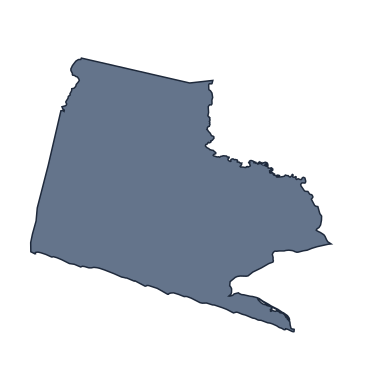 the district of Matutuine, Maputo, Mozambique, rotated 103°
{"feature_id": "85939544B97303459234614", "entity_name": "Matutuine", "entity_type": "district", "adm_level": 2, "iso_a3": "MOZ", "parent_name": "Mozambique", "parent_adm1": "Maputo", "projection": "equal_earth", "projection_center": [32.584, -26.451], "detail": "fine", "context": "isolated", "style": "filled", "palette": "slate", "viewbox_px": 384, "rotation_deg": 103, "n_neighbors": 0, "source": "geoboundaries", "source_scale": "gbopen_adm2", "svg_char_len": 5987}
<svg xmlns="http://www.w3.org/2000/svg" viewBox="0 0 384 384"><g transform="rotate(103 192 192)"><path d="M147.7,130.6L148.3,131.3L149.0,130.8L148.4,132.1L148.8,132.2L148.8,133.0L148.2,132.3L147.6,132.3L147.4,132.7L147.7,132.8L148.1,133.7L149.1,134.2L149.0,133.2L149.4,133.2L149.6,133.9L150.0,134.1L149.2,135.8L149.6,136.7L148.7,136.8L148.8,137.1L149.3,137.2L148.7,137.8L149.1,138.3L148.5,138.3L148.1,139.7L148.0,141.4L148.3,142.3L149.1,142.9L150.1,142.4L150.1,143.2L150.6,143.4L151.7,142.1L153.1,141.1L153.6,141.2L155.1,143.0L154.7,143.7L155.1,144.7L155.8,144.8L156.2,145.6L156.2,147.3L156.7,150.4L156.2,150.9L154.2,149.8L153.4,150.3L152.7,150.0L152.9,151.8L152.2,153.0L152.6,153.8L152.5,154.7L151.1,154.7L150.6,155.2L150.6,157.2L151.0,158.0L150.5,159.4L150.8,160.4L151.6,161.3L152.1,161.4L153.2,161.0L153.7,161.7L153.0,163.7L152.2,164.3L151.2,164.2L150.3,163.5L149.7,163.7L149.9,165.6L149.2,166.4L149.7,169.9L150.3,170.6L150.8,172.0L152.0,173.0L151.7,174.0L152.2,175.4L151.9,179.2L151.6,179.6L150.6,179.4L149.3,177.5L148.3,177.7L146.6,181.0L146.9,182.1L146.6,183.3L146.8,183.9L145.9,185.5L145.5,187.3L144.4,189.1L143.6,189.4L142.6,189.2L142.2,188.2L140.0,187.3L140.3,186.8L140.1,185.9L139.3,185.0L138.8,184.8L138.5,185.2L137.9,185.2L137.1,183.9L134.7,182.7L133.2,183.2L132.9,183.9L132.7,185.7L130.6,187.5L129.1,189.8L128.2,190.5L127.8,191.6L127.2,191.4L126.0,191.5L124.6,190.9L124.1,189.9L122.0,189.7L121.6,189.9L121.3,190.4L119.9,190.3L119.3,191.0L117.8,190.6L116.8,191.2L115.7,191.2L115.3,192.3L114.8,192.5L114.2,193.7L111.0,193.7L105.1,195.4L103.1,194.5L102.8,192.8L102.2,192.5L101.3,192.4L97.9,193.3L95.3,193.1L91.1,194.8L89.2,196.8L88.7,198.2L88.2,198.7L84.1,199.8L83.3,199.8L82.6,199.4L82.3,197.5L81.9,196.9L78.6,196.8L86.3,218.8L86.4,329.9L87.9,330.2L88.5,332.5L90.6,334.6L95.6,336.9L99.3,337.7L100.9,337.3L103.4,335.2L104.5,335.0L105.0,334.6L104.9,332.7L105.6,331.1L105.7,329.5L107.5,327.6L108.7,326.9L111.0,327.8L113.2,329.0L114.9,329.0L115.8,329.3L117.5,330.4L118.4,332.4L120.5,332.1L123.6,333.0L124.8,332.5L126.7,334.0L128.6,333.9L132.3,335.2L133.2,335.0L134.4,333.9L135.6,334.0L136.5,334.8L138.2,337.9L140.2,336.5L140.8,335.0L141.2,334.8L142.3,334.8L141.7,336.2L142.3,338.0L198.2,338.1L242.3,339.2L255.3,337.4L268.8,338.0L277.6,337.8L286.5,335.6L287.6,331.1L287.3,330.6L286.5,331.1L285.9,330.6L285.2,328.5L285.2,325.6L285.7,320.3L286.9,314.3L286.7,313.4L286.2,312.6L286.4,308.8L287.3,303.6L289.3,295.4L288.9,290.4L290.1,283.6L289.0,282.1L288.8,279.9L289.1,275.6L288.6,273.1L287.5,270.7L287.1,267.4L287.1,265.0L287.6,259.9L289.1,249.7L290.7,241.5L290.6,238.8L290.7,237.5L290.5,236.2L291.8,228.5L291.8,228.1L291.5,228.0L291.4,227.6L294.3,216.6L294.1,215.8L293.2,214.9L292.9,213.1L293.7,204.2L297.1,192.8L296.9,191.9L296.0,191.4L295.2,189.9L294.4,187.3L294.8,181.8L295.7,176.0L295.4,175.5L295.0,173.4L295.6,168.9L298.0,159.3L298.0,157.0L296.9,152.8L297.4,146.7L297.1,144.8L297.9,136.4L298.6,131.6L300.5,124.4L299.1,121.8L299.0,120.3L299.8,115.6L299.9,112.2L301.2,104.6L301.1,102.2L301.9,98.7L301.5,95.7L302.4,88.9L302.2,86.6L302.4,84.1L303.3,79.5L304.4,76.5L304.6,74.0L305.4,71.6L305.4,70.9L304.9,69.9L304.2,70.0L304.1,69.6L304.3,67.7L305.4,62.9L305.3,61.5L305.1,61.2L302.9,61.5L302.7,61.8L303.0,63.2L302.5,64.9L299.3,66.5L296.6,67.4L295.3,69.0L295.0,68.9L294.8,68.2L294.1,68.4L292.8,69.2L291.0,71.2L289.1,75.8L289.0,76.8L287.0,82.0L285.5,88.2L285.8,88.1L286.8,85.6L287.2,83.1L287.9,83.1L287.5,82.8L287.6,82.0L289.0,78.2L289.6,75.4L290.4,73.6L292.2,70.8L293.8,69.2L294.3,69.1L294.6,69.3L294.4,69.8L294.6,70.3L293.4,70.8L293.1,72.2L291.8,73.2L290.4,74.8L289.7,76.6L289.9,79.0L288.9,80.7L288.9,81.5L288.4,81.5L288.1,82.1L288.2,82.6L288.8,82.7L289.4,83.5L289.6,84.1L289.5,85.9L288.9,87.7L290.0,87.6L290.6,88.3L290.5,88.6L289.8,88.5L289.5,89.0L289.0,89.2L287.9,88.2L287.2,88.5L287.0,88.0L286.1,88.7L285.9,89.5L285.8,93.4L285.2,95.0L285.4,96.4L285.1,98.0L284.3,100.0L282.3,103.1L280.9,104.2L281.0,102.5L282.9,98.4L285.3,90.7L285.6,89.0L285.4,88.8L284.1,92.4L282.3,98.7L280.7,102.6L280.3,105.2L280.2,109.5L280.5,111.9L280.5,118.4L280.8,120.7L280.3,123.0L279.8,124.1L281.8,128.0L283.6,129.2L285.0,131.8L285.1,132.7L282.9,131.1L280.9,130.9L277.5,131.6L276.3,132.5L275.1,133.7L275.0,134.2L270.8,134.7L265.4,130.6L264.1,128.8L263.0,126.1L261.8,120.1L261.1,118.5L256.3,114.7L250.3,107.3L244.5,101.1L242.1,97.4L240.8,97.2L239.7,97.8L237.4,98.3L234.8,99.7L232.8,99.3L231.4,98.4L230.9,97.8L230.8,96.6L229.7,93.4L228.7,89.0L227.8,87.3L226.9,84.6L226.5,80.9L226.7,79.3L227.0,78.3L227.1,76.3L226.7,75.0L224.2,70.2L222.8,66.7L219.8,62.4L217.1,57.7L212.2,47.4L211.3,44.8L209.9,48.6L208.1,50.3L205.3,52.4L204.0,53.9L202.6,57.7L201.8,61.2L201.2,62.4L199.6,61.8L198.1,60.3L195.2,59.3L190.3,59.5L186.3,60.3L184.3,62.6L177.9,66.1L178.0,68.3L177.4,69.6L172.5,73.8L172.1,74.1L170.2,73.1L169.3,73.2L168.3,74.0L167.7,74.8L167.7,76.3L167.5,77.0L165.4,79.2L165.8,81.6L165.6,82.7L161.5,87.2L160.2,87.8L158.8,87.2L158.3,86.6L157.9,84.0L157.3,83.6L155.9,83.6L153.0,85.1L152.6,86.5L152.7,87.0L153.6,87.8L154.8,88.0L155.4,88.5L155.5,89.7L155.2,91.6L156.2,92.7L156.2,93.1L155.7,93.8L153.9,93.9L153.7,94.5L154.7,95.7L154.7,97.1L154.2,97.5L152.7,97.3L152.3,98.1L152.6,98.4L153.8,98.3L154.2,98.9L155.4,99.7L155.2,100.8L154.4,102.0L154.6,102.9L154.5,104.9L155.8,105.5L156.9,107.7L158.2,111.7L158.3,112.9L158.1,113.2L157.4,112.9L157.0,112.0L156.9,110.6L156.3,110.5L156.2,112.2L157.0,113.6L157.2,115.8L156.9,116.3L156.3,115.6L155.9,115.7L155.9,117.2L155.2,117.5L155.1,118.3L155.6,118.7L155.9,119.5L155.7,120.6L153.8,121.2L153.6,120.8L153.8,120.4L155.1,120.4L155.4,119.9L155.2,119.5L154.1,119.5L152.8,118.3L151.5,118.4L151.2,119.0L151.4,119.3L152.4,118.8L152.6,119.1L151.9,120.4L150.7,120.2L151.5,122.3L151.5,123.2L150.8,123.4L149.9,124.2L150.3,125.1L150.2,125.6L149.2,125.4L149.0,124.0L148.6,124.0L148.2,124.7L149.7,126.7L149.8,127.4L147.9,126.2L147.5,125.6L147.5,124.7L147.2,124.8L146.6,125.7L146.5,127.5L147.1,127.8L147.3,128.8L148.5,130.0L147.7,130.6Z" fill="#64748b" stroke="#1e293b" stroke-width="1.5"/></g></svg>